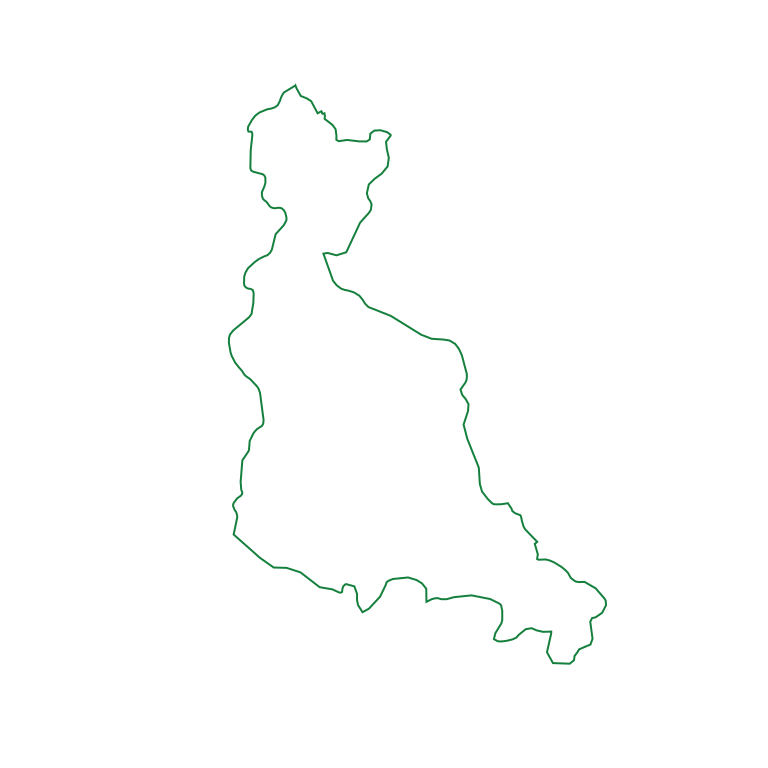 SVG path tracing the border of El Paraíso, rotated 259°
{"feature_id": "HND-662", "entity_name": "El Paraíso", "entity_type": "Department", "adm_level": 1, "iso_a3": "HND", "parent_name": "Honduras", "parent_adm1": "", "projection": "orthographic", "projection_center": [-86.385, 13.965], "detail": "fine", "context": "isolated", "style": "outline", "palette": "green", "viewbox_px": 768, "rotation_deg": 259, "n_neighbors": 0, "source": "natural_earth", "source_scale": "10m", "svg_char_len": 3696}
<svg xmlns="http://www.w3.org/2000/svg" viewBox="0 0 768 768"><g transform="rotate(259 384 384)"><path d="M694.0,354.0L690.8,354.6L682.6,357.3L679.1,362.7L675.5,366.5L662.4,370.5L663.7,374.6L662.5,375.0L661.5,374.9L660.9,375.4L661.1,377.2L658.8,377.2L655.6,376.3L648.1,382.9L643.3,385.1L636.7,384.7L632.8,383.8L631.0,385.9L630.6,394.3L626.9,405.9L625.4,413.3L626.8,416.7L632.4,418.4L634.6,422.9L633.8,428.8L630.7,435.0L628.1,437.4L627.3,438.1L627.1,438.1L626.4,437.8L621.4,432.2L613.8,431.6L605.1,431.9L596.8,429.0L590.9,421.8L587.2,413.9L582.8,407.2L574.6,403.6L569.5,403.9L566.1,405.4L562.7,406.1L557.5,404.3L555.0,402.0L546.9,391.3L520.5,372.1L519.4,361.9L523.4,353.7L523.5,349.4L495.0,353.7L489.9,356.4L485.7,360.2L483.8,363.5L482.3,367.2L479.6,372.1L475.3,376.7L470.8,379.1L466.4,380.8L462.5,383.4L449.6,403.6L425.2,430.0L419.3,439.4L416.3,450.8L414.2,456.6L409.8,461.5L404.3,464.2L397.4,465.9L378.1,467.2L375.5,466.8L372.0,465.7L369.8,464.1L363.9,458.0L358.4,458.7L353.4,461.4L348.0,463.1L341.4,461.3L329.0,454.4L314.3,455.3L283.8,461.1L267.5,459.0L259.7,459.7L251.2,464.0L246.9,466.9L245.2,468.5L244.5,470.9L243.6,476.2L243.3,482.9L243.0,483.0L237.6,485.3L234.7,485.8L232.1,488.1L229.1,492.9L226.5,493.3L223.7,493.2L217.3,493.8L214.3,494.9L199.8,504.3L198.3,501.5L187.2,502.5L185.4,501.7L182.9,500.9L182.0,502.2L180.9,509.3L179.2,512.9L176.4,517.0L170.4,523.5L166.3,526.8L163.4,528.6L157.9,530.4L153.7,534.2L152.4,537.3L151.5,543.1L143.0,552.8L131.5,559.4L129.0,560.3L124.4,559.7L117.8,554.5L114.6,547.2L114.5,543.6L111.3,541.1L94.1,540.1L88.8,536.9L87.9,532.2L86.3,524.9L83.9,522.8L80.7,519.2L76.6,517.8L74.0,512.9L77.8,496.6L89.6,492.8L107.4,500.6L109.1,500.9L109.3,499.3L110.4,492.7L113.2,486.5L116.1,482.4L116.3,476.4L112.1,468.5L109.8,465.5L108.8,461.5L108.5,456.1L108.8,450.6L109.4,447.6L110.1,446.2L112.6,443.2L118.2,445.8L126.6,453.5L129.6,455.0L138.8,456.8L144.6,456.7L146.5,455.3L152.7,447.1L159.8,429.6L161.4,412.0L160.8,404.4L161.8,399.4L163.6,395.7L163.9,392.4L163.6,389.6L162.1,384.1L175.0,386.4L181.1,383.2L185.4,378.5L189.5,370.7L190.9,355.5L190.1,351.3L189.1,348.9L186.2,347.2L176.0,339.6L166.3,326.3L164.1,319.4L172.0,316.3L177.2,316.3L183.1,317.5L191.0,316.3L194.8,308.6L194.4,307.1L193.0,305.3L190.9,304.1L187.9,303.2L187.4,301.8L188.1,299.9L192.3,294.1L196.8,282.1L215.0,266.1L222.1,253.3L224.9,240.7L237.1,229.0L264.9,207.7L280.9,214.4L283.0,214.8L286.7,214.4L287.9,213.8L289.1,213.3L293.0,212.6L294.4,212.9L296.0,213.8L299.8,218.1L301.6,222.1L303.0,223.7L304.7,224.2L307.5,223.7L315.3,224.6L336.1,230.4L343.7,238.0L345.1,238.9L353.7,241.3L360.6,246.5L362.3,248.4L364.1,251.0L366.2,256.3L368.0,257.8L371.4,258.9L398.9,260.6L403.2,260.0L405.9,258.9L414.3,253.6L417.8,250.2L419.6,248.9L421.8,247.9L423.9,247.2L427.9,244.8L433.3,242.0L440.5,239.9L444.3,239.4L453.9,239.6L458.7,240.6L462.0,242.3L465.4,246.3L475.3,264.4L478.0,267.3L488.5,271.2L498.0,273.4L501.1,273.2L502.5,271.7L503.8,268.5L504.8,267.2L506.1,266.2L507.7,265.7L509.3,265.8L515.9,267.2L519.9,269.3L523.7,272.7L528.4,280.4L530.7,285.5L532.1,290.7L532.7,294.2L534.5,297.2L537.4,299.6L551.7,306.2L559.1,316.0L563.4,319.5L566.0,320.0L571.0,319.8L573.7,318.8L575.7,317.4L576.7,315.8L577.1,314.1L577.4,310.1L578.1,308.3L579.0,306.9L580.3,305.7L584.1,304.0L585.8,302.9L587.2,301.6L588.8,300.5L591.9,300.1L595.5,300.7L600.5,304.1L604.1,306.0L609.1,306.9L611.4,306.4L613.1,304.9L617.4,296.0L619.0,294.3L621.4,294.0L639.0,297.8L653.2,302.2L655.8,302.5L656.9,302.1L657.6,299.2L659.4,298.8L662.6,299.8L668.4,304.8L672.0,308.9L674.3,313.6L675.9,321.6L675.9,326.1L676.5,329.9L678.0,332.9L681.7,335.8L684.7,337.5L687.6,339.7L689.3,341.4L693.9,353.9L694.0,354.0Z" fill="none" stroke="#15803d" stroke-width="2"/></g></svg>